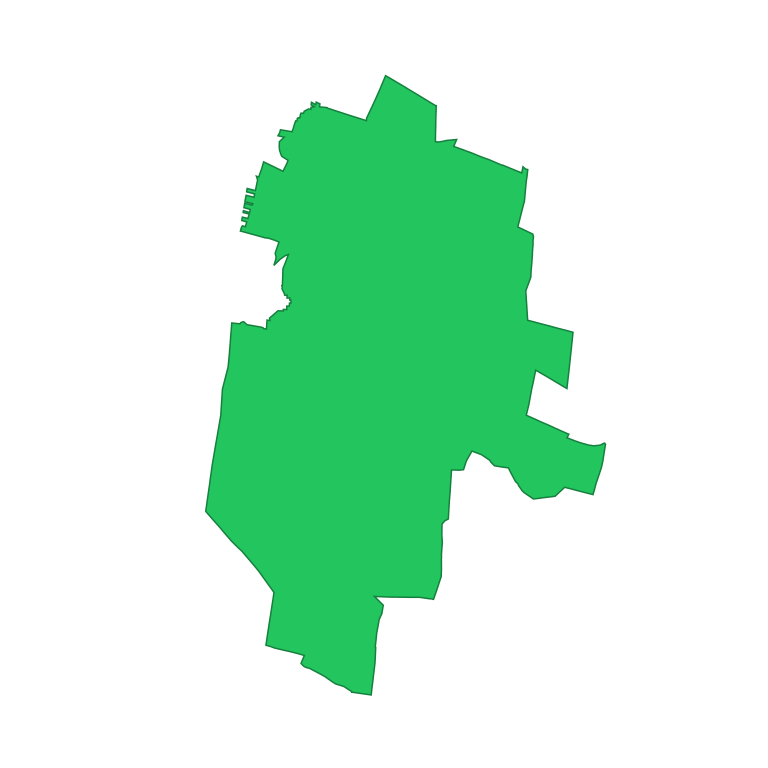 Temascalapa, México, Mexico, rotated 347°
{"feature_id": "50627088B1319644746594", "entity_name": "Temascalapa", "entity_type": "district", "adm_level": 2, "iso_a3": "MEX", "parent_name": "Mexico", "parent_adm1": "México", "projection": "natural_earth1", "projection_center": [-98.879, 19.816], "detail": "fine", "context": "isolated", "style": "filled", "palette": "green", "viewbox_px": 768, "rotation_deg": 347, "n_neighbors": 0, "source": "geoboundaries", "source_scale": "gbopen_adm2", "svg_char_len": 5818}
<svg xmlns="http://www.w3.org/2000/svg" viewBox="0 0 768 768"><g transform="rotate(347 384 384)"><path d="M198.3,424.5L196.0,430.6L193.6,436.8L191.3,443.0L187.7,452.2L184.1,461.6L181.7,467.8L182.0,468.7L186.9,477.9L191.9,487.0L193.6,490.5L196.8,496.6L200.0,502.7L203.0,507.5L205.2,510.9L207.9,514.9L209.1,517.2L212.8,524.3L216.9,532.3L219.6,537.7L219.7,537.9L222.4,544.4L226.5,554.2L229.9,562.3L227.4,568.8L225.1,574.5L221.7,583.1L218.2,591.7L215.9,597.5L213.6,603.3L210.2,612.0L214.3,614.2L216.9,615.9L217.3,616.1L217.8,616.6L218.5,616.9L219.2,617.2L220.7,618.0L228.5,621.8L233.6,624.3L240.7,628.0L245.3,630.6L240.3,637.6L242.1,640.7L244.3,642.7L247.3,644.2L247.8,644.6L250.7,647.1L254.3,650.2L257.1,652.6L259.2,654.5L261.2,656.4L262.8,658.3L265.7,661.5L267.0,663.0L269.6,665.5L274.8,668.5L276.6,669.6L278.2,671.0L278.5,671.5L280.7,673.7L283.4,676.5L283.2,677.1L284.3,677.4L293.0,680.8L301.6,684.1L303.8,677.7L306.1,671.5L307.9,666.4L310.2,660.1L312.5,653.7L314.2,647.7L316.7,638.7L316.3,638.3L318.7,631.5L321.0,624.7L323.7,618.6L326.3,612.4L330.3,607.2L333.5,599.4L330.2,594.1L326.9,588.8L329.5,589.6L331.0,590.0L332.2,590.3L334.7,591.0L338.6,592.1L339.4,592.3L340.2,592.5L342.5,593.1L351.2,595.2L352.9,595.6L357.2,596.7L365.2,598.6L370.8,599.9L376.2,602.0L379.0,603.1L379.6,603.4L381.4,603.8L383.8,605.0L387.2,599.6L390.6,594.1L395.6,585.8L396.3,584.9L398.2,577.9L399.8,570.8L400.5,567.6L401.3,564.9L401.5,563.5L403.6,556.6L403.7,556.3L405.1,552.0L406.4,544.2L409.0,533.6L412.5,531.0L416.3,530.0L419.1,520.4L420.5,515.6L421.5,512.3L424.8,501.9L425.8,498.4L429.4,486.5L430.4,483.2L430.5,482.9L437.9,484.9L438.9,485.0L442.2,485.4L443.0,484.1L444.6,481.4L446.2,478.7L447.0,477.5L448.1,476.2L450.1,474.0L452.4,471.6L454.6,469.1L456.6,470.5L462.2,474.2L462.7,474.5L463.1,474.8L465.5,477.4L465.7,477.6L469.8,482.0L470.7,484.5L473.3,488.6L479.5,491.1L482.6,492.3L486.3,493.7L487.7,499.4L489.7,506.8L490.2,508.7L492.1,511.5L492.3,513.3L494.6,519.1L496.3,521.6L498.8,524.3L503.8,529.7L510.9,530.4L511.4,530.4L517.0,531.0L525.4,531.9L531.1,528.6L536.8,525.3L537.6,525.7L543.0,528.5L548.5,531.4L557.0,535.8L562.8,538.8L565.7,533.5L568.5,528.2L573.6,520.0L577.0,514.4L579.7,508.8L583.1,500.3L586.3,492.5L585.7,491.2L583.6,491.5L581.1,492.2L574.3,491.4L569.4,489.4L562.8,485.8L557.0,482.2L550.2,477.6L552.8,474.5L552.6,474.4L550.6,472.9L548.3,471.2L545.9,469.4L543.3,467.4L539.8,464.8L539.7,464.6L536.4,462.1L534.2,460.4L531.8,458.7L528.1,456.0L523.0,452.0L520.4,450.1L515.6,446.4L520.5,436.7L523.1,430.7L525.7,424.7L527.2,421.2L529.5,416.5L532.0,411.0L534.9,404.7L541.1,410.4L544.1,413.2L545.7,414.7L547.6,416.6L551.9,420.7L554.1,422.8L558.8,427.3L561.2,429.6L564.9,419.1L567.3,412.4L570.6,402.9L572.8,396.5L575.0,390.2L575.8,387.7L576.0,387.0L576.3,386.4L579.8,376.1L574.6,373.3L569.4,370.6L564.2,367.9L559.1,365.1L553.9,362.4L548.7,359.7L543.5,356.9L538.3,354.2L540.7,339.8L543.1,325.1L547.1,319.1L551.0,313.1L551.3,312.2L552.8,306.8L555.5,298.6L556.7,294.5L557.8,291.1L558.3,288.7L559.0,286.7L559.2,286.1L559.4,285.2L560.5,282.0L561.4,278.0L562.8,274.1L562.7,271.4L554.9,265.2L549.7,261.1L553.0,254.7L556.3,248.3L559.1,242.8L562.0,237.4L564.8,228.8L568.1,218.8L570.2,213.5L572.3,207.4L570.3,206.4L568.3,203.6L565.7,209.3L554.7,201.6L548.7,197.3L547.8,197.1L536.8,189.0L533.6,187.0L530.8,185.2L530.7,185.1L528.3,183.5L524.4,180.7L521.7,178.8L505.4,168.2L509.8,162.1L500.0,160.8L494.9,160.7L493.2,160.6L491.0,160.3L488.7,159.5L488.8,158.7L490.0,153.7L492.9,142.4L493.9,138.2L495.8,131.0L495.9,130.8L497.5,124.5L496.8,124.3L468.0,96.3L454.9,83.9L446.9,95.1L438.7,106.0L426.8,121.1L426.1,123.5L425.5,123.1L412.6,115.5L410.6,114.3L391.3,102.7L390.8,101.9L389.4,101.4L383.6,99.5L383.5,99.4L384.6,96.6L381.3,94.1L380.4,96.4L380.2,96.4L376.7,93.2L375.8,95.6L378.3,98.1L378.0,98.1L378.0,98.3L375.1,97.9L374.6,99.9L372.3,99.0L367.6,100.3L366.5,102.1L364.6,101.5L363.8,101.5L363.5,102.3L363.1,102.8L362.8,103.6L362.5,104.1L362.2,104.8L362.0,105.5L361.5,105.7L361.3,105.6L360.9,105.4L360.7,105.5L359.7,105.4L359.2,105.8L359.0,106.4L358.9,106.9L358.4,107.9L357.7,108.3L357.0,107.8L355.0,111.1L352.5,115.4L351.2,117.5L340.3,113.0L339.7,114.1L339.0,115.5L337.8,116.8L336.5,118.3L342.3,121.0L337.0,124.1L336.6,124.3L335.5,128.3L335.3,129.1L334.8,132.7L335.2,137.0L335.6,139.2L340.8,144.4L339.5,146.5L337.5,149.1L335.8,151.1L333.5,154.0L316.7,140.5L315.0,143.5L313.3,146.6L308.5,154.1L306.4,152.8L306.6,155.5L306.7,156.8L302.2,166.6L294.7,162.7L294.0,164.2L293.4,165.9L300.7,169.7L299.4,172.8L292.1,169.1L291.6,170.3L290.1,173.6L289.5,175.1L296.8,178.8L295.8,180.1L288.9,176.6L288.4,177.8L287.8,179.3L287.2,180.7L292.9,183.8L291.6,186.6L286.0,183.5L285.3,185.2L290.9,188.1L288.6,192.1L283.5,189.5L282.8,191.2L282.2,192.7L286.7,195.2L284.8,198.7L284.4,199.5L281.6,198.0L280.2,199.5L278.5,202.7L280.3,203.6L299.7,214.1L301.4,215.0L303.8,215.7L308.3,218.4L313.2,221.7L313.6,222.0L312.0,224.6L308.8,229.8L307.3,232.4L307.4,233.9L307.5,235.4L307.1,237.1L306.1,239.0L303.4,243.7L304.7,242.9L306.1,242.0L308.6,240.5L310.9,239.1L316.7,236.7L320.0,236.3L315.6,243.0L311.5,248.9L310.4,253.0L309.4,256.9L307.1,265.3L306.6,265.2L306.7,266.4L306.0,268.3L306.7,271.2L307.3,273.8L307.1,275.0L307.6,275.3L308.9,275.5L309.6,275.7L308.8,278.4L308.9,278.5L311.5,278.9L311.0,281.0L312.3,281.5L311.3,284.4L310.1,283.9L309.3,286.7L306.8,286.2L306.0,289.6L303.0,288.7L302.6,288.7L302.3,290.1L297.1,288.8L293.0,291.0L287.3,294.0L287.2,296.5L284.4,295.4L281.8,304.0L279.2,303.0L278.7,301.8L276.5,300.7L263.9,295.4L262.6,293.6L261.6,292.1L260.7,291.6L258.2,292.0L257.1,293.0L256.4,292.7L249.4,290.3L247.8,295.4L247.1,297.7L245.5,302.5L244.8,304.8L243.5,309.1L243.2,310.2L242.5,312.0L242.4,312.7L241.3,315.9L240.1,319.9L235.9,332.4L227.2,349.2L225.4,352.7L217.9,377.8L210.9,394.5L204.6,409.4L198.3,424.5Z" fill="#22c55e" stroke="#15803d" stroke-width="1.5"/></g></svg>